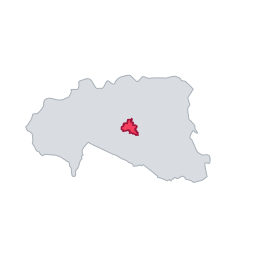 Kadiogo, Kadiogo, Burkina Faso shown in context, rotated 26°
{"feature_id": "67063806B99988316808523", "entity_name": "Kadiogo", "entity_type": "district", "adm_level": 2, "iso_a3": "BFA", "parent_name": "Burkina Faso", "parent_adm1": "Kadiogo", "projection": "mercator", "projection_center": [-1.417, 12.368], "detail": "fine", "context": "in_parent", "style": "filled", "palette": "rose", "viewbox_px": 256, "rotation_deg": 26, "n_neighbors": 0, "source": "geoboundaries", "source_scale": "gbopen_adm2", "svg_char_len": 6394}
<svg xmlns="http://www.w3.org/2000/svg" viewBox="0 0 256 256"><g transform="rotate(26 128 128)"><path d="M185.6,158.3L179.6,158.6L177.4,159.2L176.1,159.3L176.0,158.7L175.9,158.4L168.3,156.5L163.0,155.4L157.6,154.2L157.3,155.4L156.5,156.1L155.4,156.2L154.5,156.0L154.0,156.9L153.1,158.0L151.9,158.6L150.6,159.3L149.9,159.9L149.4,159.9L148.2,158.5L146.6,158.3L143.5,158.6L142.1,158.1L140.3,158.0L135.8,158.3L128.7,157.7L127.5,158.0L127.2,158.2L120.2,158.3L112.5,158.4L106.0,158.5L100.3,158.5L100.3,158.3L98.5,158.2L98.3,158.7L96.7,164.7L96.5,167.9L97.4,169.9L98.3,171.1L99.4,171.7L99.5,172.4L98.7,173.3L98.7,174.3L99.8,175.3L100.0,176.3L99.5,177.4L99.6,180.0L100.4,184.1L100.4,186.7L99.7,188.0L100.0,190.0L101.4,193.0L101.6,194.2L101.2,194.8L100.0,195.6L98.8,195.5L97.5,193.8L96.9,193.0L95.8,191.2L94.8,189.3L93.6,188.5L92.3,187.8L90.8,185.5L89.3,184.4L87.8,184.7L85.5,184.3L81.0,183.7L76.1,183.9L74.1,184.4L72.1,185.3L67.0,187.1L65.0,188.0L63.4,190.3L61.7,190.3L60.0,189.5L58.9,188.5L56.6,188.7L54.3,187.7L52.2,185.7L50.6,185.0L48.6,183.6L48.0,180.8L46.7,178.9L45.5,176.2L43.8,175.0L41.7,174.4L38.9,174.5L37.1,173.4L35.6,171.8L36.0,170.5L36.7,168.5L36.7,166.7L37.2,163.6L36.9,159.8L36.4,157.2L37.9,156.1L39.7,155.1L40.9,153.3L42.0,149.2L42.5,145.8L42.1,144.5L41.5,143.4L41.1,141.9L40.8,140.1L41.1,138.5L42.5,137.0L44.2,135.7L45.4,135.1L48.6,134.5L52.6,133.6L54.9,132.5L56.6,131.5L57.5,130.7L58.5,129.0L60.0,127.6L61.2,126.3L61.4,122.6L61.3,120.5L60.5,119.3L60.0,118.3L65.9,115.4L65.9,113.3L65.1,111.0L64.0,109.2L63.5,107.6L65.2,105.7L66.6,104.3L67.7,103.1L70.0,101.3L72.4,100.8L74.6,101.5L81.1,105.8L82.2,106.1L83.6,105.7L85.3,104.6L87.5,103.7L88.3,100.8L88.2,96.6L88.7,94.7L89.9,94.3L93.6,95.1L94.6,95.2L95.7,94.9L96.5,94.1L96.4,92.8L96.3,91.6L97.5,87.6L99.7,84.7L104.2,81.0L105.6,80.2L107.2,79.8L115.3,82.4L116.6,81.8L118.5,75.4L120.7,74.8L123.3,74.7L125.0,74.2L125.9,73.7L129.7,71.4L136.5,68.1L140.1,66.7L140.8,66.2L143.4,63.8L146.8,61.2L149.0,60.6L152.1,60.4L154.0,60.9L154.5,61.6L155.1,62.0L159.1,60.9L164.8,62.7L169.7,64.5L169.3,65.6L169.3,67.6L168.9,70.7L168.4,74.5L170.4,76.9L172.9,79.5L173.5,80.5L172.9,83.1L173.3,84.6L174.6,87.1L176.8,90.3L179.0,93.6L180.6,94.0L182.0,94.3L182.9,94.9L184.3,95.4L185.6,95.8L186.7,96.5L187.4,97.2L188.4,99.2L190.9,100.6L192.6,101.9L191.9,102.5L189.7,102.3L187.7,101.7L187.4,102.7L187.3,106.4L187.6,109.4L188.1,109.9L190.2,110.4L195.1,114.4L199.6,118.2L201.1,119.2L203.6,119.6L206.4,119.7L207.6,119.4L210.3,117.5L211.7,117.2L213.0,117.3L213.7,117.6L215.0,119.2L216.2,121.5L216.6,123.2L216.5,124.2L216.0,124.5L213.8,125.0L212.9,125.3L212.6,125.8L213.0,127.0L213.4,127.7L215.8,131.1L219.3,135.7L220.4,136.8L219.8,138.2L218.0,141.7L216.7,143.2L210.8,148.2L208.0,147.6L201.9,148.7L201.0,147.5L199.6,147.3L197.9,147.5L197.3,148.0L197.1,148.5L196.5,149.2L195.3,151.2L194.5,151.7L193.4,152.0L192.1,151.9L191.3,152.2L191.3,153.2L191.1,154.0L190.2,154.5L189.8,155.4L189.9,156.4L189.4,156.8L188.3,156.6L187.6,156.3L187.0,157.5L186.2,158.4L185.6,158.3Z" fill="#d9dde1" stroke="#a8b0b8" stroke-width="1"/><path d="M121.9,130.6L122.0,130.7L122.0,130.8L122.1,131.0L122.6,131.9L122.7,132.0L122.8,132.1L123.7,132.2L123.9,132.2L124.4,132.2L124.6,132.4L124.8,132.7L124.9,132.9L125.1,133.1L125.3,133.0L125.4,132.9L125.5,132.8L125.6,132.6L125.7,132.4L125.8,132.2L126.0,132.1L126.3,132.1L126.6,131.9L126.9,131.7L127.0,131.6L127.3,131.5L127.4,131.4L127.6,131.3L128.0,131.0L128.1,130.9L128.2,130.7L128.3,130.5L128.4,130.4L128.5,130.1L128.7,129.8L128.8,129.8L129.0,129.7L129.6,129.6L129.8,129.5L130.0,129.6L130.3,129.7L130.3,129.8L130.4,129.7L130.5,129.7L130.6,129.8L130.8,129.7L130.9,129.8L131.0,129.8L131.0,130.0L131.4,130.9L131.4,131.1L131.5,131.3L131.7,131.6L131.8,131.7L131.8,131.8L132.2,131.6L132.3,131.5L132.5,131.3L132.5,131.2L132.9,131.1L133.3,131.0L133.5,131.0L133.8,130.8L133.9,130.7L134.0,130.7L134.4,130.7L134.5,130.8L134.7,131.1L134.8,131.0L135.2,130.6L135.4,130.5L135.5,130.6L135.9,130.7L136.0,130.6L136.3,130.6L136.5,130.6L136.8,130.6L137.0,130.6L137.4,130.5L137.5,130.5L137.8,130.6L138.0,130.7L138.1,130.8L138.3,131.0L138.4,130.9L138.5,130.8L138.6,130.7L138.8,130.6L138.9,130.4L139.1,130.4L139.3,130.3L139.4,130.2L139.5,130.2L139.6,129.9L139.7,129.7L139.8,129.7L139.7,129.6L139.6,129.4L139.6,129.2L139.4,129.0L139.1,129.0L139.1,128.9L139.2,128.7L139.1,128.4L139.0,128.0L138.9,128.0L138.8,127.9L138.7,127.9L138.5,128.0L138.4,128.0L138.4,127.9L138.2,128.0L137.9,128.1L137.9,127.8L137.8,127.7L137.7,127.7L137.6,127.8L137.4,127.7L137.5,127.6L137.5,127.4L137.4,127.4L137.3,127.2L137.2,127.1L137.0,127.3L136.8,127.3L136.7,127.3L136.6,127.1L136.6,126.9L136.6,126.7L136.4,126.6L136.2,126.5L136.1,126.4L135.9,126.3L135.7,126.5L135.7,126.4L135.4,126.3L135.4,126.2L135.2,126.1L134.9,126.0L134.8,125.9L134.7,125.9L134.7,125.7L134.8,125.6L134.9,125.4L134.9,125.1L134.9,124.9L135.0,124.9L135.2,124.7L135.3,124.7L135.4,124.4L135.5,124.2L135.5,123.9L135.5,123.7L135.5,123.4L135.5,123.1L135.4,122.7L135.2,122.5L135.0,122.4L134.9,122.4L134.4,122.4L134.1,122.3L133.9,122.2L133.7,122.2L133.2,122.2L133.0,122.3L132.9,122.3L132.7,122.4L132.6,122.6L132.3,123.0L132.2,123.0L131.7,123.1L131.4,123.2L131.2,123.2L130.9,123.2L130.7,123.2L130.5,122.5L130.5,122.4L130.7,121.9L130.8,121.6L130.7,121.4L130.4,121.2L130.3,120.9L130.2,120.8L130.0,120.7L129.9,120.7L129.3,121.0L129.0,121.1L128.4,121.3L128.2,121.3L127.9,121.3L127.8,121.2L127.7,121.0L127.7,120.8L127.7,120.6L127.7,120.3L127.9,120.0L128.1,119.5L128.1,119.3L128.0,119.1L128.0,118.9L128.0,118.7L127.9,118.5L127.8,118.4L127.7,118.3L127.6,118.2L127.4,118.1L127.2,118.0L127.1,118.3L127.0,118.6L127.0,118.8L126.9,119.0L126.7,119.7L126.7,119.8L126.4,119.8L126.2,119.8L125.9,119.8L125.6,119.9L125.4,119.9L125.2,120.0L124.7,120.3L124.3,120.5L124.2,120.6L124.3,120.9L124.4,121.0L124.4,121.6L124.4,121.9L124.4,122.0L124.4,122.3L124.5,122.5L124.9,122.8L125.0,122.9L125.1,123.0L125.0,123.4L125.0,123.6L125.1,123.8L125.3,124.2L125.1,124.3L124.6,124.4L124.4,124.4L123.9,124.6L123.7,124.6L123.5,124.9L123.5,125.0L123.4,125.1L123.2,125.2L123.0,125.3L122.8,125.4L122.4,125.4L122.3,125.5L122.5,125.8L122.8,126.2L122.9,126.3L122.7,126.5L122.3,126.6L122.2,126.6L122.2,126.8L122.3,126.9L122.4,127.0L122.5,127.0L122.8,127.1L122.9,127.3L122.9,127.5L122.9,128.0L122.9,128.3L122.9,128.6L122.7,128.8L122.4,128.9L122.2,128.9L122.1,129.0L122.0,129.3L121.9,129.5L122.0,129.8L121.9,130.0L121.9,130.6Z" fill="#f43f5e" stroke="#9f1239" stroke-width="1.5"/></g></svg>